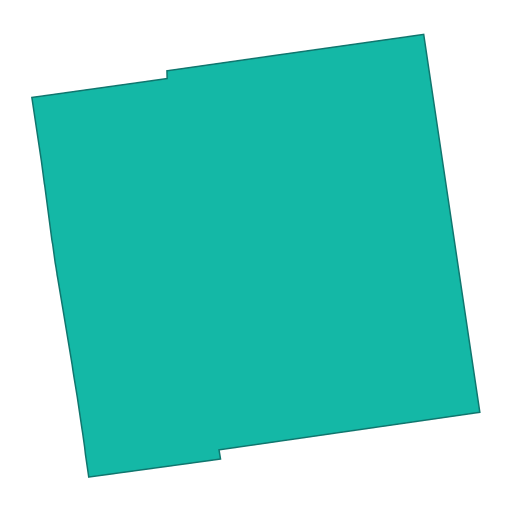 the district of Mercer, Missouri, United States of America, rotated 262°
{"feature_id": "52423323B31950432025516", "entity_name": "Mercer", "entity_type": "district", "adm_level": 2, "iso_a3": "USA", "parent_name": "United States of America", "parent_adm1": "Missouri", "projection": "orthographic", "projection_center": [-93.589, 40.422], "detail": "fine", "context": "isolated", "style": "filled", "palette": "teal", "viewbox_px": 512, "rotation_deg": 262, "n_neighbors": 0, "source": "geoboundaries", "source_scale": "gbopen_adm2", "svg_char_len": 578}
<svg xmlns="http://www.w3.org/2000/svg" viewBox="0 0 512 512"><g transform="rotate(262 256 256)"><path d="M452.1,452.9L452.0,305.4L451.8,193.6L444.1,192.7L444.2,56.1L379.6,56.7L357.0,56.5L355.5,56.6L300.5,56.1L297.2,56.2L296.6,56.3L277.3,56.2L271.9,56.4L269.1,56.4L267.1,56.5L265.3,56.4L261.1,56.6L260.5,56.6L260.1,56.6L230.2,57.4L173.7,58.8L170.8,58.8L168.3,58.8L161.6,58.9L153.7,59.1L141.0,59.4L110.2,59.6L104.5,59.7L96.0,59.7L90.7,59.7L83.5,59.5L64.3,59.6L60.4,59.6L59.9,192.6L69.2,192.4L70.1,455.9L452.1,452.9Z" fill="#14b8a6" stroke="#0f766e" stroke-width="1.5"/></g></svg>